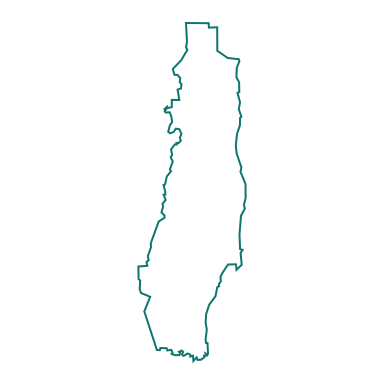 Punilla, Córdoba, Argentina (orthographic projection)
{"feature_id": "61730980B72863725650935", "entity_name": "Punilla", "entity_type": "district", "adm_level": 2, "iso_a3": "ARG", "parent_name": "Argentina", "parent_adm1": "Córdoba", "projection": "orthographic", "projection_center": [-64.597, -31.2], "detail": "medium", "context": "isolated", "style": "outline", "palette": "teal", "viewbox_px": 384, "rotation_deg": 0, "n_neighbors": 0, "source": "geoboundaries", "source_scale": "gbopen_adm2", "svg_char_len": 1900}
<svg xmlns="http://www.w3.org/2000/svg" viewBox="0 0 384 384"><path d="M238.7,59.2L227.7,58.0L217.3,50.8L217.2,27.3L208.9,27.6L208.7,23.2L186.0,23.0L187.0,42.4L186.0,47.1L187.3,49.9L181.3,60.1L172.8,69.0L174.5,74.9L177.5,74.9L180.3,78.1L179.7,82.2L181.4,84.1L181.0,88.4L177.6,89.6L179.3,100.0L171.8,99.9L171.8,107.1L167.5,108.1L167.1,106.7L164.6,109.0L165.9,109.7L164.7,111.1L165.6,112.5L169.7,112.3L171.3,116.4L172.1,122.3L170.0,124.9L168.2,131.7L170.1,133.3L173.6,132.0L175.8,128.7L179.3,129.2L181.5,134.1L179.8,137.6L180.8,140.7L178.3,143.2L176.5,142.9L176.6,144.5L174.9,144.4L171.0,149.4L172.2,155.0L170.6,157.2L172.8,161.4L169.9,169.3L171.0,171.2L166.8,176.5L165.0,184.5L163.5,185.0L165.3,191.7L165.3,194.5L163.6,194.8L165.7,200.0L162.5,203.7L163.1,206.3L161.5,212.5L164.5,215.6L164.5,217.8L158.7,221.5L150.8,243.2L151.0,247.2L147.8,256.2L148.7,260.2L146.5,262.0L147.3,265.8L138.4,266.5L138.6,279.1L140.2,280.5L139.7,289.3L141.0,293.0L150.2,296.8L144.3,311.4L156.9,350.0L159.8,350.2L160.4,348.0L166.6,348.2L167.4,350.5L171.2,349.8L172.6,352.6L171.6,353.9L174.9,355.2L179.3,355.1L180.1,352.3L179.1,351.8L181.8,350.5L183.2,351.9L181.8,354.5L183.6,355.9L187.6,353.5L190.2,354.7L190.3,356.6L193.0,355.7L193.4,361.0L196.6,357.4L197.7,360.0L201.3,359.6L204.5,357.1L204.1,355.6L206.4,355.6L205.7,353.6L207.4,354.8L208.0,353.8L207.5,343.1L206.0,343.0L205.6,339.4L206.8,329.7L205.6,322.5L206.1,314.3L209.3,304.5L215.5,296.2L217.3,287.1L219.1,286.3L218.9,284.0L220.8,281.6L220.5,276.8L222.0,273.6L228.0,264.5L235.9,264.3L236.5,269.8L241.7,264.8L240.6,252.9L242.6,249.9L240.1,249.1L239.5,234.4L241.0,215.8L244.9,208.4L243.9,205.0L245.6,198.1L245.5,184.0L240.5,171.8L241.4,167.4L236.7,153.7L235.8,145.8L237.0,133.9L239.9,125.4L240.1,117.8L241.4,116.7L238.8,109.4L240.0,102.2L237.5,92.8L239.3,92.0L239.1,82.3L236.4,77.2L236.8,67.6L239.4,61.2L238.7,59.2Z" fill="none" stroke="#0f766e" stroke-width="2"/></svg>